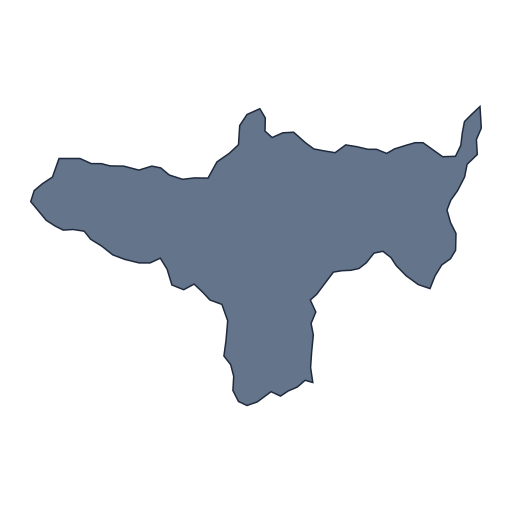 Barueri, São Paulo, Brazil
{"feature_id": "56859067B64169293019313", "entity_name": "Barueri", "entity_type": "district", "adm_level": 2, "iso_a3": "BRA", "parent_name": "Brazil", "parent_adm1": "São Paulo", "projection": "equal_earth", "projection_center": [-46.873, -23.512], "detail": "fine", "context": "isolated", "style": "filled", "palette": "slate", "viewbox_px": 512, "rotation_deg": 0, "n_neighbors": 0, "source": "geoboundaries", "source_scale": "gbopen_adm2", "svg_char_len": 1546}
<svg xmlns="http://www.w3.org/2000/svg" viewBox="0 0 512 512"><path d="M430.0,288.6L435.0,275.9L441.8,264.9L450.5,258.7L455.6,250.2L456.0,233.5L450.5,222.5L447.0,210.0L450.8,200.2L457.6,190.6L464.6,177.0L467.1,164.3L477.3,154.5L476.4,139.5L481.3,128.1L480.0,106.5L471.5,114.5L464.5,121.5L462.3,132.8L460.8,145.3L455.5,156.3L442.6,156.7L431.7,148.9L423.0,142.7L415.0,142.7L406.0,145.3L394.5,148.9L386.7,153.4L376.5,149.3L367.9,149.3L356.9,146.7L345.7,144.9L335.1,152.7L323.1,150.7L313.8,148.9L305.4,142.7L293.6,132.2L282.8,132.8L272.1,137.5L265.0,131.1L265.3,117.9L259.8,108.7L247.0,114.5L239.7,125.5L238.5,144.7L229.2,153.4L217.0,161.8L208.0,178.1L194.4,177.9L182.6,179.3L169.2,175.0L160.8,167.9L151.8,166.1L138.9,170.1L123.6,166.1L110.0,165.9L101.3,163.6L91.2,163.6L80.0,158.5L59.0,158.5L52.5,177.0L42.4,183.7L34.2,190.6L30.7,201.6L37.7,210.0L46.2,220.3L55.2,226.1L63.2,230.1L73.2,229.5L84.2,231.2L90.7,239.3L101.8,246.2L112.8,254.9L124.8,259.4L139.0,262.9L150.1,262.9L160.3,258.2L167.1,269.2L171.9,285.0L183.7,289.7L194.1,284.1L203.1,292.6L209.9,300.0L221.9,304.4L227.7,320.7L226.0,340.6L223.9,356.0L230.7,364.7L233.7,376.3L232.9,390.5L238.5,401.5L247.0,405.5L257.3,401.9L271.0,391.7L280.5,396.1L288.1,391.0L297.4,387.0L305.1,380.3L312.8,382.5L310.6,367.6L311.6,352.6L313.3,335.0L311.1,323.4L315.8,312.0L310.3,300.0L316.8,294.2L325.3,282.8L333.4,272.1L341.9,270.7L350.9,270.3L358.9,268.5L366.2,262.9L374.0,253.1L382.9,251.3L391.0,257.6L396.2,265.6L406.3,275.9L418.3,284.6L430.0,288.6Z" fill="#64748b" stroke="#1e293b" stroke-width="1.5"/></svg>